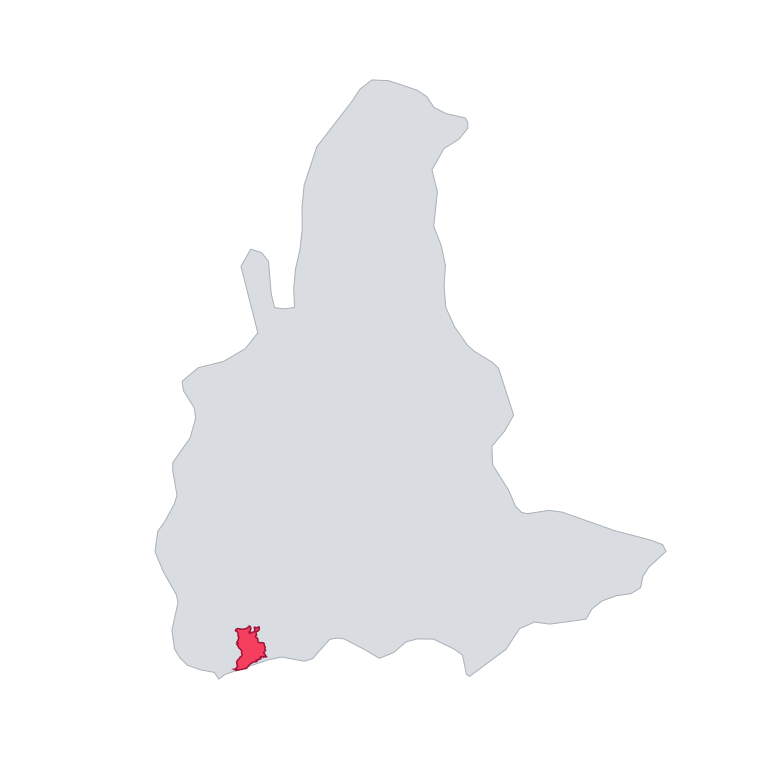 Dajabón, Dajabón, Dominican Republic shown in context, rotated 261°
{"feature_id": "3306468B69873779257439", "entity_name": "Dajabón", "entity_type": "district", "adm_level": 2, "iso_a3": "DOM", "parent_name": "Dominican Republic", "parent_adm1": "Dajabón", "projection": "equal_earth", "projection_center": [-71.604, 19.566], "detail": "fine", "context": "in_parent", "style": "filled", "palette": "rose", "viewbox_px": 768, "rotation_deg": 261, "n_neighbors": 0, "source": "geoboundaries", "source_scale": "gbopen_adm2", "svg_char_len": 6362}
<svg xmlns="http://www.w3.org/2000/svg" viewBox="0 0 768 768"><g transform="rotate(261 384 384)"><path d="M120.1,546.7L120.9,510.2L125.3,495.3L121.2,479.7L102.9,463.1L91.7,441.7L81.8,422.8L84.1,420.0L104.0,419.1L110.9,412.2L124.3,392.8L127.0,377.2L125.9,365.5L117.2,351.4L113.8,336.5L124.5,323.6L138.5,304.7L140.5,297.5L140.2,290.3L123.8,270.4L122.7,261.8L130.3,240.3L129.6,226.0L122.0,181.4L118.4,174.8L125.7,171.1L130.5,157.8L136.9,146.0L145.3,139.6L154.9,135.7L174.0,136.0L200.3,146.3L207.8,146.1L233.1,136.7L254.1,131.6L273.9,137.5L281.9,145.5L298.3,158.2L306.5,162.1L332.3,161.8L339.4,163.1L361.1,184.1L379.4,192.5L390.0,192.9L408.9,184.8L418.3,185.0L429.2,203.2L431.4,228.9L440.5,252.4L454.4,267.4L522.7,261.1L538.0,273.5L532.8,283.7L523.2,289.1L490.7,286.7L476.5,287.9L473.7,298.1L473.7,307.6L492.7,309.8L511.4,314.6L530.4,322.2L549.7,327.4L571.4,330.7L592.9,336.2L628.7,354.7L668.5,396.9L679.1,406.5L686.2,419.7L682.9,436.0L669.0,462.7L661.0,471.3L649.4,476.5L641.5,487.4L633.9,506.1L629.2,507.7L623.6,506.9L614.1,496.4L607.2,480.1L588.1,464.9L565.4,466.8L531.9,457.8L511.7,462.2L491.5,463.2L470.8,458.6L450.0,457.0L429.3,462.7L409.2,472.5L401.8,478.7L388.9,493.9L382.0,499.5L333.0,507.2L318.9,496.0L305.7,480.8L286.9,478.7L259.6,490.5L242.5,494.8L235.5,499.9L233.5,505.6L233.4,526.9L229.6,539.9L203.0,588.9L187.9,623.4L181.7,634.1L174.6,636.4L161.4,616.6L153.1,609.4L142.7,605.7L138.3,595.2L138.5,580.2L135.7,565.6L129.3,554.2L120.1,546.7Z" fill="#d9dde1" stroke="#a8b0b8" stroke-width="1"/><path d="M163.9,206.3L163.9,205.6L164.0,205.2L164.1,204.9L164.3,204.5L164.5,203.9L164.8,203.2L164.9,202.9L165.0,202.2L165.3,201.4L165.3,201.2L165.3,200.8L165.2,200.6L164.9,199.7L164.6,199.3L164.4,199.1L164.1,198.9L163.9,198.9L163.3,198.8L162.9,199.8L162.8,200.0L162.6,200.1L162.0,200.3L161.5,200.6L161.3,200.7L160.9,200.7L160.6,200.8L159.9,200.8L159.3,200.7L158.9,200.7L158.7,200.6L158.2,200.4L157.9,200.4L157.8,200.5L156.8,201.0L156.6,201.1L156.3,201.0L155.6,200.6L155.2,200.3L154.9,200.2L154.7,200.1L154.0,200.0L153.8,200.0L153.7,199.9L153.3,199.6L152.6,198.8L152.5,198.6L152.3,198.4L152.1,198.3L151.8,198.3L151.7,198.4L151.5,198.5L151.3,198.8L151.1,199.2L151.0,199.3L150.9,199.4L150.7,199.4L150.4,199.3L150.3,199.2L150.2,199.0L150.2,198.8L150.1,197.9L149.8,198.1L149.3,198.3L148.7,198.6L148.4,198.7L147.7,198.8L147.4,198.9L147.2,199.0L146.7,199.2L146.5,199.3L146.1,199.4L145.9,199.5L145.5,199.8L144.9,200.4L144.7,200.6L144.4,200.7L143.9,201.1L143.7,201.2L143.1,201.3L142.9,201.4L142.5,201.6L142.4,201.7L142.1,201.7L141.9,201.7L141.7,201.6L141.5,201.4L141.2,201.3L140.9,201.2L140.5,201.2L139.9,201.2L139.4,201.3L139.0,201.4L138.7,201.5L138.4,201.5L138.1,201.3L137.9,201.1L137.6,200.8L137.4,200.4L137.2,200.2L137.1,199.9L136.9,199.4L136.8,199.2L136.6,199.0L136.5,198.8L136.0,198.6L135.9,198.4L135.3,198.0L135.2,197.9L135.1,197.7L134.9,197.1L134.8,196.9L134.5,196.6L133.8,195.9L133.6,195.7L133.4,195.6L133.1,195.4L132.7,195.1L132.3,195.0L132.0,194.9L130.8,194.9L129.9,194.9L129.6,194.9L129.3,195.0L129.1,195.1L128.8,195.3L128.7,195.4L128.4,195.4L128.1,195.3L128.0,195.2L127.8,195.0L127.5,194.6L127.1,193.9L126.8,193.7L126.5,193.6L126.1,193.6L125.7,193.7L125.7,191.2L125.4,191.7L124.2,193.1L124.2,193.3L124.2,194.9L124.3,196.6L124.4,196.9L124.4,197.3L124.4,199.6L124.6,201.1L124.6,202.7L124.6,203.4L124.6,203.5L124.8,203.9L125.5,204.6L126.1,205.3L126.7,205.9L128.6,208.4L128.9,209.3L129.2,209.9L129.2,210.0L129.4,210.5L129.5,210.6L129.7,211.0L129.8,211.3L129.8,212.2L129.8,212.8L129.8,213.2L129.7,214.0L129.7,214.6L129.7,214.8L129.8,215.0L130.0,215.0L130.3,215.2L130.6,215.2L130.8,215.0L130.8,214.6L131.0,214.4L131.2,214.6L131.4,214.6L131.4,214.9L131.4,215.5L131.2,215.6L131.2,216.5L131.2,216.9L131.3,217.0L131.4,217.5L131.5,217.5L131.8,217.5L131.8,219.1L132.1,219.6L132.5,219.6L132.6,219.4L132.9,219.8L133.1,219.8L133.2,219.6L133.6,219.2L133.7,219.3L133.8,219.6L133.9,219.8L133.9,220.0L133.7,220.2L133.7,220.8L133.9,221.1L133.9,221.4L133.7,221.8L133.7,222.1L133.5,222.3L133.4,222.3L133.5,222.4L133.4,222.6L133.2,223.1L133.2,223.5L133.4,223.5L133.1,224.1L132.9,224.3L133.0,224.6L132.9,224.8L132.9,225.3L133.1,225.3L133.1,225.2L133.5,225.0L134.0,224.7L134.6,224.4L134.9,224.3L135.6,224.2L136.0,224.1L136.8,223.5L137.1,223.2L137.3,223.1L137.5,223.2L137.8,223.4L138.1,223.7L138.8,224.7L139.1,225.0L139.4,225.3L139.6,225.4L139.9,225.4L140.1,225.3L140.4,225.1L140.6,225.0L140.8,225.0L141.0,224.9L141.4,224.9L141.7,225.0L141.9,225.1L142.4,225.4L142.6,225.5L142.9,225.5L143.1,225.5L143.3,225.4L143.9,225.1L144.2,225.0L144.7,224.9L146.1,225.0L146.5,224.9L146.9,224.7L147.0,224.6L147.1,224.4L147.3,224.2L147.4,223.8L147.6,223.2L147.7,222.9L147.7,222.4L147.8,221.1L147.8,220.8L147.9,220.7L148.0,220.4L148.2,220.0L148.5,219.7L148.9,219.4L149.3,219.4L149.8,219.3L151.7,219.4L152.1,219.4L152.5,219.3L152.7,219.2L152.9,219.0L153.2,218.7L153.7,218.0L153.9,217.8L154.2,217.6L154.3,217.6L154.5,217.5L155.0,217.6L155.2,217.8L155.4,218.0L155.5,218.2L155.6,218.5L155.6,218.8L156.9,218.8L158.6,218.8L158.9,218.8L159.2,218.9L159.3,218.9L159.3,219.0L159.5,219.3L159.5,219.6L159.6,220.3L159.6,220.6L159.7,220.8L159.9,221.1L160.1,221.5L160.3,221.7L160.5,221.9L160.9,222.1L161.4,222.4L161.7,222.6L162.2,222.6L163.0,222.7L163.5,222.6L163.7,222.4L163.8,222.3L163.8,222.2L163.7,221.8L163.6,221.6L163.3,221.2L163.2,221.0L163.1,220.7L163.1,220.3L163.1,220.0L163.2,219.8L163.4,219.5L163.7,219.1L163.8,218.8L163.9,218.7L163.9,218.3L163.9,218.0L163.9,217.9L163.7,217.7L163.4,217.7L163.2,217.8L162.7,218.2L162.3,218.2L162.1,218.1L161.9,218.0L161.5,217.8L161.3,217.7L161.0,217.7L160.4,217.6L160.2,217.5L160.0,217.4L159.9,217.3L159.7,217.1L159.6,216.9L159.5,216.6L159.4,215.9L159.2,215.2L159.3,215.0L159.4,214.4L159.4,214.1L159.4,213.9L159.4,213.6L159.3,213.4L159.0,213.1L158.8,212.9L158.8,212.7L158.7,212.6L158.8,212.5L158.8,212.4L158.9,212.2L159.1,212.0L159.3,211.9L159.5,211.9L159.8,211.9L160.0,212.0L160.3,212.1L160.7,212.8L160.9,213.0L161.1,213.2L161.8,213.6L162.0,213.7L162.2,213.8L162.4,213.8L163.0,213.8L163.3,213.9L163.5,214.3L163.8,214.3L164.0,214.3L164.4,214.1L164.6,214.0L165.4,213.9L165.6,213.8L165.7,213.7L165.8,213.6L165.9,213.2L165.9,212.9L165.8,212.7L165.7,212.4L165.4,212.1L165.2,211.8L164.7,211.4L164.6,211.2L164.4,210.8L164.3,210.1L164.3,209.8L164.2,209.7L164.0,209.3L164.0,209.2L163.9,209.0L163.9,208.5L163.9,206.3Z" fill="#f43f5e" stroke="#9f1239" stroke-width="1.5"/></g></svg>